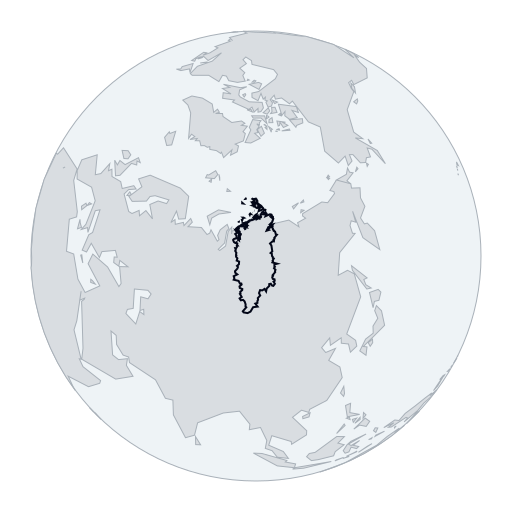 Krasnoyarsk highlighted on a globe, orthographic projection
{"feature_id": "RUS-2603", "entity_name": "Krasnoyarsk", "entity_type": "Territory", "adm_level": 1, "iso_a3": "RUS", "parent_name": "Russia", "parent_adm1": "", "projection": "orthographic", "projection_center": [95.961, 66.535], "detail": "fine", "context": "on_globe", "style": "outline", "palette": "ink", "viewbox_px": 512, "rotation_deg": 0, "n_neighbors": 0, "source": "natural_earth", "source_scale": "10m", "svg_char_len": 17716}
<svg xmlns="http://www.w3.org/2000/svg" viewBox="0 0 512 512"><circle cx="256" cy="256" r="225" fill="#eef3f6" stroke="#a8b0b8"/><path d="M333.7,44.5L333.8,44.6L353.9,57.8L344.8,49.1L352.5,53.0L358.8,57.5L355.3,56.1L359.6,62.2L366.5,68.5L367.2,77.9L353.8,84.6L351.6,80.3L348.6,82.6L351.3,88.4L353.8,91.6L347.2,109.7L353.7,132.1L362.8,138.7L355.3,137.9L377.3,150.5L385.4,163.7L371.9,149.2L367.2,148.0L370.5,156.9L366.4,157.7L365.6,162.5L360.4,162.8L352.9,154.6L349.4,154.6L352.0,161.0L348.3,165.5L345.1,156.1L338.4,163.0L324.7,151.2L320.3,127.0L308.4,121.9L292.4,101.1L289.5,103.8L281.6,98.0L275.4,99.1L274.2,95.2L270.2,99.6L272.5,102.9L271.5,106.0L268.1,107.1L265.9,102.2L267.4,100.9L264.9,100.1L265.4,97.2L263.2,99.2L261.0,93.4L258.0,100.7L252.0,97.4L251.9,93.1L258.7,91.5L275.4,78.7L277.5,74.4L273.6,69.6L252.0,64.4L251.5,60.6L245.8,57.0L243.0,59.7L246.4,63.6L239.8,68.2L244.8,72.7L242.8,75.4L245.2,81.1L237.5,82.4L228.8,80.7L226.4,76.1L222.5,75.3L218.9,81.6L208.7,75.3L192.2,75.3L190.3,73.6L197.4,66.3L212.3,61.1L221.5,52.8L208.1,60.5L203.8,56.5L200.0,57.0L195.9,58.7L194.7,61.2L191.7,60.5L203.7,52.3L206.6,52.8L202.8,55.3L209.8,52.9L217.9,47.9L215.1,46.6L230.3,41.2L228.4,40.3L230.7,38.8L232.6,40.6L229.5,37.5L246.9,33.1L243.0,31.2L254.9,32.2L264.0,32.5L274.9,33.1L274.4,32.6L289.3,34.7L302.1,36.2L305.5,36.2L333.7,44.5ZM458.3,165.4L456.8,164.4L456.5,161.9L458.3,165.4ZM456.6,166.1L457.0,165.9L456.9,166.5L456.6,166.1ZM457.1,167.9L456.8,166.6L457.3,168.3L457.1,167.9ZM457.8,170.6L457.3,169.1L457.5,169.3L457.8,170.6ZM458.3,174.3L458.4,175.2L457.8,173.6L458.3,174.3ZM234.2,32.1L238.3,31.8L234.3,32.2L234.2,32.1ZM355.5,93.0L351.8,88.4L350.9,83.1L354.5,86.8L355.5,93.0ZM356.6,103.9L353.7,101.8L357.3,98.9L357.8,101.0L356.6,103.9ZM370.3,143.5L368.0,139.0L371.7,143.2L370.3,143.5ZM366.5,163.2L368.4,164.3L367.2,166.4L366.5,163.2ZM249.2,80.0L247.2,80.5L247.8,79.2L249.2,80.0ZM252.1,82.1L254.2,80.2L255.9,80.9L254.6,82.1L252.1,82.1ZM358.0,168.7L355.4,171.8L356.8,167.2L358.0,168.7ZM249.2,84.3L258.6,82.4L261.6,83.8L259.0,89.4L249.2,84.3ZM353.1,172.8L346.9,180.8L350.8,183.8L336.4,180.0L346.4,174.3L347.5,168.0L349.6,172.2L353.1,172.8ZM274.7,103.6L272.2,100.0L277.5,102.1L274.7,103.6ZM278.4,104.2L296.3,106.6L298.4,112.5L292.0,110.4L297.2,117.6L289.5,119.3L284.8,115.8L285.0,111.5L281.9,115.4L278.4,104.2ZM329.5,176.7L326.9,177.5L328.2,175.1L329.5,176.7ZM271.6,107.4L275.0,107.3L277.0,112.4L270.5,113.6L272.0,111.6L271.6,107.4ZM302.4,118.7L302.8,122.9L296.6,125.4L295.9,127.3L289.5,119.9L302.4,118.7ZM269.7,110.9L267.2,114.2L263.1,112.7L268.3,107.9L269.7,110.9ZM280.3,113.3L281.0,115.8L278.5,114.8L280.3,113.3ZM247.0,109.8L251.0,109.4L252.5,112.0L247.0,109.8ZM266.5,115.5L267.9,116.0L269.0,117.0L266.5,118.8L266.5,115.5ZM285.5,122.2L282.9,122.5L287.9,125.4L283.4,127.5L279.9,122.2L279.6,125.4L278.2,126.1L276.9,121.0L285.5,122.2ZM267.0,123.7L261.0,118.0L253.2,118.1L251.7,115.8L264.6,115.9L267.0,123.7ZM272.9,122.6L268.9,122.7L269.1,119.6L272.0,117.6L272.9,122.6ZM281.7,130.9L289.4,129.0L289.9,130.3L281.7,130.9ZM264.7,124.4L266.2,125.8L264.1,124.8L264.7,124.4ZM276.4,129.6L279.1,128.7L279.6,130.1L276.4,129.6ZM267.0,129.4L265.0,127.5L266.9,126.0L267.0,129.4ZM271.3,130.0L271.3,132.2L268.7,126.6L272.4,129.3L271.3,130.0ZM276.4,131.1L277.6,131.6L275.3,131.2L276.4,131.1ZM261.0,136.3L257.3,129.6L261.4,126.3L264.4,133.2L261.0,136.3ZM44.1,179.4L56.3,153.2L57.6,154.2L63.5,147.8L77.1,169.0L73.7,180.4L77.3,211.7L76.6,216.9L69.3,219.2L66.5,251.3L73.7,254.0L77.9,279.1L85.1,292.5L99.8,285.9L88.1,263.7L92.8,254.1L107.6,267.0L118.9,286.6L121.1,283.5L119.6,266.6L128.0,266.8L119.8,260.4L118.8,266.2L113.7,262.5L114.2,257.0L117.2,257.2L115.4,250.4L101.9,251.6L99.4,257.6L91.3,243.3L86.5,252.0L82.2,250.1L88.8,234.7L92.6,232.5L100.0,209.8L95.3,210.7L87.9,232.4L87.6,227.6L81.2,229.5L85.9,224.3L95.2,200.8L91.6,187.2L77.1,179.0L77.2,170.5L81.8,159.8L97.2,154.8L95.3,174.7L100.8,173.6L109.8,163.6L108.5,170.7L111.9,169.2L112.0,176.5L120.7,181.6L122.2,188.5L133.8,185.7L136.1,189.0L128.6,189.6L124.1,194.0L128.7,211.5L132.0,213.5L139.1,210.4L139.5,215.8L145.9,210.6L152.5,218.9L149.8,204.5L158.1,201.0L166.6,203.6L168.9,199.9L155.1,195.7L150.0,196.5L146.4,201.1L132.2,201.4L128.9,196.5L141.9,186.8L138.6,178.9L150.2,175.2L180.3,188.1L188.7,196.3L185.3,218.7L178.7,219.1L176.5,211.1L170.9,222.5L175.0,219.6L175.3,224.3L183.4,222.4L184.0,225.6L190.7,218.5L192.3,222.2L188.0,226.7L201.4,227.5L207.0,234.5L209.7,233.2L211.0,229.8L217.3,241.2L219.0,239.7L217.6,235.4L220.2,229.8L227.2,224.4L228.9,228.6L226.7,231.1L224.6,243.0L218.2,249.3L219.7,250.5L225.6,246.0L228.2,231.5L231.8,227.1L231.6,234.0L232.0,231.1L234.4,230.3L238.4,233.5L239.1,226.0L263.0,211.9L273.2,217.0L270.3,224.5L288.8,220.1L298.9,226.8L297.6,222.7L305.6,218.2L302.6,216.0L302.6,213.7L321.8,202.0L327.7,202.7L334.5,193.6L333.9,191.6L329.9,190.5L336.4,180.0L350.8,183.8L351.5,188.1L360.0,187.8L360.5,197.9L364.9,206.3L360.5,218.0L364.4,223.9L367.3,223.1L374.6,230.7L379.8,249.6L362.9,237.7L352.6,211.3L355.7,222.2L351.2,220.8L350.0,225.5L352.5,233.3L355.1,233.4L339.7,252.6L338.2,275.3L347.5,270.3L354.3,273.9L360.7,296.8L346.7,334.0L355.6,340.3L356.8,346.1L350.4,352.2L348.5,344.0L341.3,343.2L341.2,337.8L330.4,345.3L329.7,337.9L321.6,347.7L325.7,352.5L335.5,348.4L328.7,360.4L339.9,367.0L342.2,377.6L326.8,400.4L309.7,409.3L308.8,412.4L301.5,410.2L292.5,417.3L306.7,430.7L306.5,434.9L291.6,444.3L291.2,441.5L271.8,435.7L268.7,445.2L283.3,451.5L288.4,458.4L277.3,457.2L272.1,450.7L265.3,448.4L266.8,440.5L260.5,427.5L249.3,429.7L249.9,424.2L239.5,411.2L223.3,413.0L197.6,422.8L194.5,435.2L185.5,437.7L173.4,414.9L172.9,400.1L165.4,398.3L155.5,379.8L129.5,362.6L128.6,357.0L123.1,355.1L116.6,344.5L116.2,335.4L111.0,331.0L112.6,354.9L118.5,359.6L127.4,358.7L126.4,365.4L133.0,376.3L115.7,379.1L81.7,359.2L83.0,348.3L81.6,301.3L84.3,299.3L84.4,298.9L84.7,298.1L79.7,300.2L81.1,291.2L76.8,320.8L74.0,329.8L81.1,359.2L79.3,358.8L83.0,366.7L100.6,380.6L99.7,383.3L88.5,386.7L68.2,376.2L73.6,387.8L75.2,390.4L65.9,376.9L57.6,362.7L50.4,348.0L44.2,332.7L39.2,317.1L35.3,301.1L32.6,284.9L31.1,268.6L31.0,268.0L31.5,265.0L31.7,257.7L31.3,249.1L32.2,240.3L32.4,234.5L35.9,208.2L44.1,179.4ZM65.1,167.0L62.9,168.1L65.1,167.0ZM125.9,313.5L135.8,324.0L139.7,311.5L143.9,314.6L143.7,309.3L140.0,310.5L140.7,296.8L148.0,298.8L151.1,294.0L147.9,290.3L134.4,289.0L133.2,308.4L127.4,309.4L125.9,313.5ZM235.9,31.7L232.8,32.0L233.5,31.9L235.9,31.7ZM231.3,32.4L232.5,32.3L234.2,32.3L231.3,32.4ZM203.1,57.0L202.1,57.7L197.8,59.0L199.5,57.6L203.1,57.0ZM180.8,70.6L176.4,69.1L180.7,69.0L182.2,66.6L193.1,63.5L190.0,72.6L189.5,68.9L180.8,70.6ZM206.7,62.3L200.2,63.0L207.5,61.9L206.7,62.3ZM130.8,154.8L128.0,158.8L123.9,158.5L122.1,150.4L128.1,150.7L130.8,154.8ZM125.1,164.6L138.5,157.7L140.2,162.6L137.0,161.0L136.7,165.0L131.5,163.4L120.0,175.3L115.5,175.8L114.7,160.2L117.4,164.9L119.9,160.5L125.1,164.6ZM169.9,133.5L175.7,131.3L171.7,144.9L166.7,145.5L164.6,137.3L169.3,131.8L169.9,133.5ZM242.7,94.8L245.2,93.6L245.8,94.8L244.2,97.0L242.7,94.8ZM248.8,109.4L232.5,102.0L234.5,100.0L222.6,98.3L223.2,92.7L231.0,93.9L222.5,88.5L229.8,87.4L223.5,84.3L240.6,87.7L246.8,86.7L239.6,89.9L238.8,95.0L240.3,97.0L249.2,101.8L262.1,102.4L263.4,107.9L260.9,111.6L258.0,112.2L258.0,108.4L254.1,112.1L252.0,107.1L248.8,109.4ZM230.5,155.2L231.9,149.9L223.6,157.6L221.5,152.2L220.6,153.4L216.4,150.6L209.8,149.4L209.8,146.6L207.3,147.3L204.4,145.6L200.9,145.7L199.7,140.8L195.3,140.7L197.2,138.5L190.0,139.5L194.8,136.6L191.6,134.2L188.6,138.3L190.7,112.9L187.9,105.0L182.8,100.1L191.9,96.0L202.4,98.1L212.2,104.0L213.7,112.4L217.5,109.2L219.4,112.3L215.6,113.5L222.5,113.5L223.0,116.5L231.8,122.5L241.5,121.0L244.9,123.3L241.4,125.3L247.3,126.2L243.0,131.7L245.3,133.5L243.4,140.9L235.2,144.1L238.5,145.9L237.2,151.8L230.5,155.2ZM260.2,138.3L250.8,143.0L245.1,142.5L250.8,129.9L249.3,127.4L252.7,119.6L261.0,120.7L259.3,122.8L259.5,125.1L256.8,123.8L259.1,126.6L256.8,129.6L257.9,132.6L254.6,133.3L260.2,138.3ZM80.0,219.3L80.2,222.8L81.5,227.4L77.5,228.8L80.0,219.3ZM86.0,203.2L86.8,205.7L81.7,209.7L81.5,206.2L86.0,203.2ZM91.6,203.9L87.2,205.5L89.4,202.6L91.6,203.9ZM129.8,191.8L131.2,194.4L129.6,195.7L126.9,195.4L129.8,191.8ZM205.6,177.8L207.2,174.6L208.7,175.0L215.7,170.7L217.8,174.5L214.4,178.6L205.6,177.8ZM95.3,284.1L90.7,282.4L90.8,279.3L92.3,280.5L95.3,284.1ZM81.8,254.8L82.8,263.0L80.7,255.1L81.8,254.8ZM209.1,181.2L211.7,179.0L211.1,182.3L209.1,181.2ZM219.7,177.1L219.8,180.7L218.9,174.4L219.7,177.1ZM89.4,407.6L93.3,411.8L95.5,413.1L101.0,419.4L100.9,419.3L89.4,407.6ZM342.8,458.5L349.1,456.3L348.8,456.6L342.8,458.5ZM336.3,459.9L343.6,457.4L334.9,460.9L336.3,459.9ZM346.4,456.3L353.8,452.8L357.1,451.0L356.4,451.9L346.4,456.3ZM331.3,461.5L303.6,468.2L292.6,469.1L295.3,467.6L313.2,464.6L331.3,461.5ZM294.4,467.7L277.3,465.9L253.4,453.1L262.0,453.5L286.9,460.5L285.3,462.0L295.6,463.9L294.4,467.7ZM335.2,451.7L333.6,455.8L318.4,459.6L311.4,460.6L306.6,456.7L309.3,453.5L315.1,452.4L336.8,436.5L344.4,436.6L337.9,443.1L344.1,444.7L335.2,451.7ZM195.5,436.6L200.6,444.8L195.7,444.6L195.5,436.6ZM345.1,425.5L336.6,433.5L344.2,424.0L345.1,425.5ZM349.4,417.0L350.1,419.6L346.4,418.2L349.4,417.0ZM309.0,416.9L302.9,418.7L302.6,416.5L310.1,412.8L309.0,416.9ZM343.8,386.3L344.5,393.6L343.6,396.4L340.5,393.0L343.8,386.3ZM231.0,212.4L218.9,214.0L211.7,218.1L209.8,224.8L207.2,216.2L218.5,209.9L231.0,212.4ZM258.9,211.4L260.4,205.8L263.2,207.9L263.2,209.5L258.9,211.4ZM257.4,208.3L252.9,202.1L256.0,198.8L258.9,204.3L257.4,208.3ZM230.5,191.3L226.8,191.5L227.3,188.7L230.5,191.3ZM319.8,472.1L345.3,462.7L364.3,452.0L376.6,445.3L387.2,436.5L399.3,428.1L394.5,433.2L404.6,425.3L392.0,435.6L378.7,444.9L364.7,453.3L350.2,460.6L335.2,466.9L319.8,472.1ZM406.6,423.5L416.7,412.3L419.4,411.1L406.6,423.5ZM358.4,452.3L367.4,446.2L372.0,443.6L358.4,452.3ZM457.0,357.8L455.1,361.4L455.4,360.6L457.0,357.8ZM457.4,356.7L458.1,355.5L457.4,356.7ZM454.0,362.4L456.2,359.0L453.7,363.0L454.0,362.4ZM452.5,365.0L450.8,367.5L450.9,367.1L452.5,365.0ZM429.9,395.6L436.8,389.8L430.6,397.2L424.0,402.9L417.7,410.5L404.1,421.9L407.6,418.0L406.0,417.4L391.3,427.0L388.3,427.3L393.8,422.8L383.8,427.6L394.8,420.0L399.0,420.5L405.2,413.4L415.2,405.9L424.7,398.3L431.8,392.9L429.9,395.6ZM394.4,427.2L396.2,425.9L394.5,427.9L394.4,427.2ZM447.4,371.4L449.9,368.7L449.6,369.5L448.3,371.3L447.4,371.4ZM433.5,390.6L441.3,379.0L443.1,376.8L437.8,385.8L433.5,390.6ZM439.7,379.6L443.1,375.6L444.7,374.7L444.0,376.0L439.7,379.6ZM372.0,437.7L371.5,438.8L368.6,439.6L372.0,437.7ZM375.8,435.1L384.5,431.2L375.0,436.4L375.8,435.1ZM348.4,444.1L351.1,445.5L359.6,440.5L353.1,445.3L358.7,446.5L356.6,448.6L351.1,447.2L348.9,451.9L345.1,453.2L343.2,450.7L347.1,444.7L350.9,441.3L366.1,434.0L348.4,444.1ZM375.8,432.4L373.5,430.7L375.2,427.8L377.8,428.0L375.8,432.4ZM366.2,426.4L359.6,425.1L353.8,429.1L365.2,418.1L369.7,421.3L366.2,426.4ZM360.1,419.5L354.8,423.3L360.1,417.3L360.1,419.5ZM353.3,422.3L352.4,419.4L356.7,418.1L353.3,422.3ZM363.0,418.4L363.5,412.5L366.0,414.8L363.0,418.4ZM349.8,412.6L359.6,414.4L347.3,416.8L345.5,405.5L350.6,403.3L349.8,412.6ZM370.2,346.3L368.2,342.6L372.5,339.2L372.7,342.7L370.2,346.3ZM384.6,325.3L373.0,337.0L363.3,346.5L367.0,346.9L366.0,355.3L359.8,350.9L365.6,339.1L373.2,333.2L373.0,326.1L377.8,318.3L374.7,310.7L376.4,305.6L381.5,310.8L384.6,325.3ZM373.1,307.7L369.5,292.5L378.2,289.4L380.9,292.1L378.9,300.3L374.4,301.4L373.1,307.7ZM371.2,288.0L366.8,289.0L352.4,270.3L351.5,265.7L367.1,277.9L363.8,279.5L365.8,284.7L371.2,288.0ZM328.4,179.6L327.0,177.7L329.6,178.3L328.4,179.6ZM300.7,212.7L301.1,209.7L304.1,210.3L300.7,212.7ZM303.9,201.9L300.3,203.2L303.4,200.0L303.9,201.9ZM292.3,206.5L298.5,202.8L293.6,208.9L292.3,206.5Z" fill="#d9dde1" stroke="#a8b0b8" stroke-width="1"/><path d="M235.5,230.2L236.7,230.6L238.6,233.7L240.5,234.0L240.0,235.2L238.9,235.5L238.6,237.4L238.0,238.2L238.0,239.6L238.1,238.2L239.4,236.7L239.5,237.7L238.4,239.8L239.0,240.3L238.9,239.3L240.1,239.0L239.8,236.3L240.8,234.5L239.5,232.4L239.7,231.6L238.2,230.2L238.8,228.6L238.3,227.7L238.7,227.6L238.5,227.1L239.0,226.3L246.3,226.5L244.7,227.8L244.6,228.4L245.5,229.9L244.7,228.0L246.3,227.6L247.0,226.6L245.4,224.5L246.8,224.7L246.1,224.0L246.4,223.8L245.4,223.4L245.9,222.7L246.6,223.7L246.5,223.3L247.3,222.5L247.1,222.3L247.7,222.2L247.0,221.6L247.9,221.9L249.4,220.5L249.8,220.8L250.1,220.3L251.7,220.2L251.9,219.8L252.5,219.9L253.7,219.5L254.3,219.1L253.0,219.0L254.1,218.7L253.9,218.4L256.7,219.1L256.5,219.4L258.7,217.9L259.6,218.7L259.5,219.7L259.7,218.4L258.6,217.0L261.8,217.2L260.5,216.6L260.7,215.8L260.4,215.4L262.1,212.2L263.3,211.8L264.8,212.9L263.2,214.3L266.2,214.4L265.5,216.2L269.5,214.4L270.7,215.2L270.5,215.8L271.4,215.6L271.3,216.0L271.7,216.3L271.5,216.7L271.9,215.7L272.6,217.2L272.9,217.1L273.0,218.3L272.9,217.9L272.4,217.9L271.7,217.4L271.5,217.5L273.3,218.8L272.2,222.1L270.3,223.9L270.8,223.9L269.3,226.9L268.3,227.1L266.6,230.7L268.8,230.0L267.6,229.3L272.3,226.0L272.6,226.2L271.8,227.3L272.9,228.4L272.9,229.5L273.9,230.4L273.8,230.9L275.1,231.6L275.8,234.3L276.9,234.7L274.3,237.8L274.6,238.6L273.6,239.7L274.0,240.3L273.9,241.4L272.6,241.3L270.0,243.5L271.4,245.5L272.3,251.4L270.6,253.0L271.8,253.7L272.0,256.0L272.7,256.7L272.8,258.0L273.8,258.5L272.6,260.6L273.0,261.2L272.4,262.4L277.1,263.7L274.4,264.4L274.4,266.4L274.9,266.8L274.0,268.2L275.5,269.8L274.9,271.2L275.2,272.1L272.6,275.2L273.1,275.8L272.2,277.2L272.8,278.9L274.5,279.3L274.7,280.8L273.5,281.6L274.9,283.8L273.3,285.9L272.1,285.6L270.8,283.7L269.2,284.1L269.3,285.9L266.7,288.5L266.1,291.4L264.5,288.9L262.3,290.4L260.1,290.1L259.0,293.1L260.2,295.5L257.8,298.1L258.1,299.8L257.4,301.0L257.4,302.9L255.3,303.6L257.6,306.6L253.1,307.2L250.5,311.6L247.6,313.1L243.6,312.4L242.8,311.3L246.3,307.3L245.5,306.4L245.6,304.3L244.6,301.4L243.1,299.9L240.8,300.3L239.6,298.4L241.7,297.0L239.9,293.9L240.5,293.5L240.2,291.9L242.2,290.1L242.3,289.0L239.8,288.0L239.5,286.4L241.6,284.6L241.3,283.5L239.9,283.5L238.6,280.9L233.7,279.7L234.4,278.3L233.7,276.2L237.3,274.4L235.2,272.7L235.0,271.2L237.4,268.6L238.0,267.0L237.0,265.9L238.9,264.3L239.1,261.6L236.7,260.6L237.4,258.3L236.1,256.8L236.0,255.8L236.4,255.4L236.0,254.2L236.4,252.9L235.2,250.9L235.8,249.9L235.2,248.2L236.1,248.3L236.9,247.0L236.8,245.9L237.7,245.7L237.1,245.0L237.3,243.6L236.5,243.3L236.5,242.3L235.3,243.0L234.0,242.1L233.2,240.4L233.2,239.7L234.1,238.9L236.2,238.4L236.4,237.4L236.6,235.8L235.2,234.0L237.1,232.6L235.5,230.2ZM258.9,207.1L257.1,208.1L255.2,207.1L254.8,205.5L254.4,205.6L254.5,205.0L254.0,205.6L253.8,205.2L255.1,204.2L254.8,203.9L255.3,203.1L257.1,202.9L257.4,203.3L256.9,204.7L257.8,203.3L258.8,204.1L258.7,206.1L258.2,206.2L258.9,207.1ZM255.9,198.6L257.3,200.8L256.7,201.0L257.0,202.3L256.8,202.6L255.0,203.0L254.5,203.5L253.4,202.8L254.2,202.3L253.0,202.3L253.8,202.0L253.3,201.7L253.9,201.5L254.3,200.5L253.8,200.5L254.2,199.7L255.8,198.9L255.5,198.7L255.9,198.6ZM263.3,208.4L263.0,209.4L258.7,211.0L259.4,208.2L260.0,208.1L259.7,208.0L259.7,207.3L259.8,207.1L260.2,207.3L260.2,207.2L259.7,207.0L259.8,206.4L260.6,205.5L261.2,205.9L260.9,207.8L261.6,206.4L263.3,208.4ZM252.5,203.2L254.5,203.9L254.0,204.6L253.2,204.7L253.5,204.5L252.5,203.2ZM272.7,224.5L271.1,226.4L270.7,225.9L271.1,225.0L272.7,224.5ZM237.2,229.1L236.9,229.2L236.2,228.5L237.1,227.7L237.2,229.1ZM253.3,199.0L253.1,199.4L252.3,198.9L252.5,198.7L253.3,199.0ZM245.8,198.5L246.5,198.8L245.5,198.9L245.8,198.5ZM243.1,203.5L242.4,203.4L242.5,203.2L242.2,203.0L242.2,202.7L243.1,203.5ZM256.6,217.9L256.4,218.5L255.3,218.1L255.4,217.8L256.6,217.9ZM256.5,214.3L256.2,215.1L255.4,215.1L255.5,214.9L256.5,214.3ZM242.6,219.3L242.1,220.6L241.8,219.8L242.6,219.3ZM265.4,209.8L265.3,210.2L264.4,210.0L265.1,209.7L265.4,209.8ZM250.3,213.6L250.7,214.0L250.1,213.9L250.3,213.6ZM239.1,239.2L239.9,237.9L239.5,239.0L239.1,239.2ZM246.9,222.2L246.5,222.5L246.7,222.9L246.1,222.4L246.9,222.2ZM270.4,214.8L270.7,214.5L271.1,214.9L271.1,215.2L270.4,214.8ZM264.6,209.3L264.2,209.8L264.0,209.7L264.6,209.3ZM242.4,224.7L242.8,225.1L242.0,224.9L242.4,224.7ZM250.0,214.2L249.8,214.8L249.6,214.4L249.7,214.2L250.0,214.2ZM245.4,223.6L245.8,223.9L245.2,224.0L245.4,223.6ZM244.9,223.5L245.2,223.8L244.7,223.7L244.9,223.5ZM244.0,217.9L243.6,218.0L243.1,217.6L243.5,217.6L244.0,217.9ZM265.8,212.8L266.1,213.1L265.7,213.3L265.8,212.8ZM256.2,216.2L256.3,216.5L255.9,216.6L256.2,216.2ZM241.6,224.6L241.9,224.8L241.5,224.7L241.6,224.6ZM256.7,218.8L257.3,218.5L256.7,219.0L256.7,218.8ZM257.0,217.8L257.0,218.0L256.8,218.3L256.7,218.1L256.8,217.6L257.0,217.8ZM238.9,221.9L238.9,222.5L238.7,222.0L238.9,221.9ZM245.4,223.0L244.8,222.8L245.3,222.7L245.4,223.0ZM244.4,223.7L244.0,223.9L244.2,224.1L243.9,223.8L244.4,223.7ZM243.6,225.4L243.6,225.7L243.0,225.4L243.6,225.4ZM254.9,218.1L255.0,218.2L254.5,218.1L254.9,218.1ZM245.6,227.3L245.9,227.5L245.4,227.5L245.6,227.3ZM265.3,212.5L265.2,212.8L265.1,212.5L265.3,212.5ZM255.2,216.2L255.4,216.4L255.0,216.4L255.2,216.2ZM258.8,204.6L259.1,204.7L258.8,205.0L258.8,204.6ZM253.0,205.7L253.5,205.6L253.3,205.8L253.0,205.7ZM257.3,216.2L257.5,216.6L257.2,216.3L257.3,216.2ZM242.4,217.6L243.0,218.0L242.4,217.6L242.4,217.6ZM255.5,216.2L255.9,216.3L255.6,216.4L255.5,216.2ZM253.9,205.7L253.7,205.8L253.6,205.7L253.9,205.7ZM254.4,210.6L254.1,210.6L254.4,210.6ZM254.9,203.4L254.8,203.6L254.6,203.6L254.9,203.4ZM272.0,215.3L271.7,215.4L272.0,215.3ZM253.2,206.8L253.6,207.0L253.2,206.8L253.2,206.8ZM257.5,215.9L257.4,216.2L257.1,216.0L257.5,215.9ZM252.6,212.5L252.8,212.6L252.6,212.5L252.6,212.5ZM256.4,217.7L256.7,217.6L256.4,217.7ZM254.2,216.5L254.5,216.7L254.1,216.6L254.2,216.5ZM252.6,205.2L252.8,205.5L252.3,205.1L252.6,205.2ZM255.2,218.1L255.3,218.3L255.1,218.3L255.2,218.1ZM264.5,213.4L264.5,213.2L264.7,213.3L264.5,213.4Z" fill="none" stroke="#020617" stroke-width="2"/></svg>